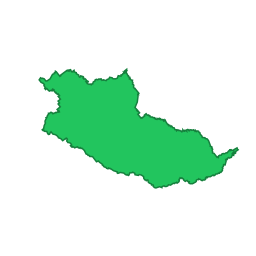 outline of Inverell, New South Wales, Australia, rotated 133°
{"feature_id": "25037944B83825062814696", "entity_name": "Inverell", "entity_type": "district", "adm_level": 2, "iso_a3": "AUS", "parent_name": "Australia", "parent_adm1": "New South Wales", "projection": "mercator", "projection_center": [150.906, -29.438], "detail": "fine", "context": "isolated", "style": "filled", "palette": "green", "viewbox_px": 256, "rotation_deg": 133, "n_neighbors": 0, "source": "geoboundaries", "source_scale": "gbopen_adm2", "svg_char_len": 5771}
<svg xmlns="http://www.w3.org/2000/svg" viewBox="0 0 256 256"><g transform="rotate(133 128 128)"><path d="M187.8,189.5L187.8,188.1L187.0,187.8L187.3,186.7L185.9,185.0L187.0,182.7L186.6,182.1L186.8,181.6L186.1,181.1L184.0,181.8L183.3,181.6L183.7,178.8L182.4,176.6L182.1,175.0L182.1,173.4L182.6,172.2L181.6,169.9L181.8,167.1L178.3,166.5L178.4,166.1L177.3,165.9L177.5,164.7L179.3,164.0L179.6,161.9L178.9,161.2L178.3,159.5L178.8,157.9L180.1,158.1L180.3,156.7L179.8,156.6L180.0,156.0L179.5,155.9L179.6,155.3L178.9,154.9L178.9,153.5L176.3,152.2L176.4,150.8L175.9,150.7L175.7,149.6L174.8,149.4L175.0,148.3L174.2,147.9L174.2,144.6L175.6,140.9L174.9,139.4L175.3,138.6L174.5,137.4L174.9,136.6L173.1,134.4L174.2,128.0L172.3,127.1L172.5,125.4L172.0,122.4L172.6,121.5L172.2,120.6L172.5,120.5L172.7,118.9L171.8,117.2L172.1,116.3L171.5,114.8L170.6,114.9L170.7,114.5L169.8,113.7L170.0,113.0L169.5,112.5L169.1,109.5L167.4,105.9L168.2,105.3L168.1,104.5L165.7,103.2L163.8,100.3L163.8,98.1L163.2,96.8L162.6,96.8L162.5,95.4L161.7,95.2L159.6,96.1L157.9,94.5L157.1,94.4L156.5,92.1L157.4,91.0L155.6,88.1L154.5,88.1L153.3,86.3L152.9,83.5L154.0,82.2L154.5,80.5L154.0,80.0L154.1,78.7L153.0,78.6L152.5,77.9L153.7,76.4L153.8,75.1L153.0,72.7L153.6,71.9L152.5,70.9L152.7,70.3L153.4,70.0L153.5,69.2L153.5,68.0L152.8,66.7L149.4,64.9L148.5,62.6L148.0,63.1L146.4,62.6L145.6,61.9L145.6,61.1L144.8,60.2L143.2,59.4L142.0,59.7L140.7,57.9L137.6,57.2L136.9,56.1L135.8,56.1L135.1,55.1L134.7,55.3L134.6,54.4L132.4,54.1L131.2,54.9L131.2,55.4L129.1,55.9L129.2,55.4L128.5,55.4L127.7,54.6L128.2,54.1L127.5,53.0L127.6,52.2L128.1,51.8L128.0,49.7L126.1,49.1L126.3,47.7L125.5,46.6L126.7,46.2L126.4,44.6L124.7,42.8L121.4,41.7L120.4,41.7L119.7,42.4L118.5,42.2L117.8,41.3L117.0,41.6L117.0,40.9L116.4,40.5L116.2,38.4L115.6,37.6L114.6,37.6L113.7,36.4L112.4,36.4L112.0,37.2L111.4,37.3L110.8,36.4L110.2,37.1L109.7,36.1L109.0,36.3L107.5,34.6L104.3,33.7L104.3,32.6L102.8,32.2L101.9,32.4L100.4,31.2L99.3,31.1L98.8,30.3L97.5,30.5L97.1,29.8L94.7,29.9L94.2,30.6L92.7,31.2L92.6,32.0L90.8,32.2L89.6,33.1L88.8,31.8L85.4,33.6L84.4,35.0L83.7,34.0L83.2,34.0L82.9,34.6L81.0,34.3L81.0,33.5L79.0,32.4L76.8,33.2L76.0,32.1L75.5,32.7L76.1,33.4L75.8,34.3L74.1,34.4L73.0,33.6L74.4,33.2L74.3,32.6L73.0,32.2L71.8,33.2L68.8,32.6L68.8,33.6L68.2,34.7L71.6,35.8L72.5,35.3L72.8,36.2L73.6,36.9L73.5,37.8L74.5,38.7L75.0,37.9L76.1,38.8L78.5,38.5L79.2,39.3L80.9,39.8L81.5,40.4L81.5,41.2L81.7,40.8L82.6,41.6L84.4,41.3L85.2,42.3L86.5,42.7L87.8,42.0L87.7,42.7L88.7,42.8L87.9,47.7L88.6,49.2L87.4,50.2L87.0,51.2L85.8,51.6L85.6,53.1L85.2,53.0L84.6,53.8L85.2,55.4L84.8,55.5L82.3,60.5L82.0,62.7L83.0,64.3L82.6,65.1L84.3,67.2L83.5,68.3L83.2,71.1L82.4,72.3L82.8,73.0L82.2,74.2L83.1,75.6L83.9,75.4L84.2,75.9L83.8,77.2L84.5,77.1L84.3,77.5L84.9,78.4L84.6,78.8L86.2,79.8L86.2,80.5L86.8,81.2L88.2,81.3L87.9,82.1L88.4,82.1L88.3,83.3L89.6,83.9L90.3,83.0L90.3,84.1L91.1,85.0L91.7,84.4L92.2,84.8L92.0,86.4L92.5,85.8L93.0,86.2L94.0,86.0L93.8,86.9L94.4,87.5L94.4,88.4L95.2,88.9L95.0,89.6L95.8,90.1L95.7,90.5L96.9,90.6L96.3,91.5L97.2,92.6L96.4,94.3L97.2,95.5L96.8,97.4L97.8,97.5L97.5,99.3L98.4,99.6L97.9,100.9L98.4,101.3L97.7,104.2L96.9,106.2L97.8,106.3L97.4,107.1L98.4,107.0L97.9,107.9L98.5,108.4L98.5,109.0L99.5,109.5L99.1,110.6L100.0,110.9L99.7,111.8L100.6,111.8L100.8,112.7L101.8,112.5L102.5,113.4L102.6,113.8L101.9,114.2L102.3,114.7L102.8,114.5L102.9,115.1L102.2,115.2L102.6,115.3L102.4,115.7L103.3,116.9L103.5,118.0L104.1,118.3L104.7,119.5L104.1,120.3L104.8,121.2L104.4,121.8L105.5,122.6L105.2,124.5L107.6,124.8L107.8,124.0L110.7,124.4L110.6,124.9L111.9,125.1L111.2,130.2L109.0,129.9L108.7,132.3L109.3,132.4L109.1,133.6L108.5,133.5L108.3,136.8L102.7,138.9L98.0,142.3L96.9,143.7L96.5,143.2L96.3,143.8L95.2,143.7L94.3,150.0L94.7,150.1L94.4,151.8L92.9,152.8L92.6,153.4L92.9,154.5L91.5,155.3L91.4,156.2L90.0,157.3L90.7,158.0L90.6,159.8L91.0,160.2L90.3,160.4L90.5,161.1L89.7,161.3L90.2,162.7L89.5,163.3L89.8,163.8L89.0,165.7L89.2,166.5L88.3,167.2L88.4,167.7L87.2,167.9L87.6,168.3L87.2,168.8L86.5,168.5L86.0,169.0L88.7,169.4L88.8,168.6L89.4,168.0L89.9,168.2L90.2,169.2L90.7,168.2L92.0,168.8L93.0,168.5L93.9,169.3L94.9,168.5L96.4,170.8L98.8,169.8L100.5,170.6L102.2,172.5L102.1,173.9L103.4,176.0L105.2,175.5L106.7,176.4L108.3,176.3L109.0,177.9L109.6,178.3L109.5,178.8L110.9,179.5L110.4,181.0L111.2,181.2L111.1,181.9L112.3,182.4L112.2,182.8L113.6,183.3L114.0,184.4L115.4,184.8L116.2,184.2L118.0,184.8L119.8,183.9L120.3,184.5L121.5,184.4L121.6,185.7L122.6,186.2L123.3,188.1L122.8,190.1L121.7,188.6L121.1,188.8L121.6,191.1L121.2,191.8L121.3,193.1L122.3,193.5L122.1,195.0L121.2,195.0L121.0,195.8L122.1,198.1L122.9,197.6L123.8,198.1L123.8,198.8L122.9,200.2L123.5,202.9L122.8,203.6L123.6,205.5L122.6,206.8L123.6,207.1L124.4,206.6L125.2,207.3L125.3,208.0L124.5,209.8L126.1,210.8L126.1,209.9L126.7,209.8L127.2,211.0L126.9,211.5L127.9,211.7L127.8,212.0L135.6,213.4L135.7,212.8L136.7,213.0L135.8,218.8L136.0,219.8L137.3,218.9L137.9,219.5L139.1,219.1L140.2,219.8L145.2,218.5L148.7,219.3L149.6,220.1L149.2,222.9L150.0,224.6L150.6,224.8L150.9,226.2L153.4,225.8L153.9,222.7L153.2,220.4L153.3,218.8L154.3,218.4L155.0,215.7L155.8,215.9L156.1,214.5L154.5,214.3L154.8,211.6L154.5,210.5L153.5,210.3L152.5,208.7L151.7,208.6L151.5,209.7L150.9,209.6L151.1,208.7L150.7,208.8L150.5,208.2L151.3,207.5L151.7,205.0L151.1,205.0L151.6,202.7L150.7,202.5L151.1,200.1L152.5,200.6L153.0,197.1L156.0,197.5L156.4,195.2L158.1,195.5L158.7,192.0L162.8,192.5L163.1,190.4L162.5,190.3L163.0,189.2L164.0,189.8L163.9,190.4L165.9,191.0L165.9,191.5L168.2,192.3L168.2,192.7L168.9,193.0L168.6,193.8L169.0,195.1L170.7,195.4L171.5,196.2L172.0,195.5L173.7,195.5L175.4,194.6L176.3,195.0L176.4,194.4L179.3,193.5L180.3,192.7L180.6,191.8L183.3,191.0L186.0,189.3L187.8,189.5Z" fill="#22c55e" stroke="#15803d" stroke-width="1.5"/></g></svg>